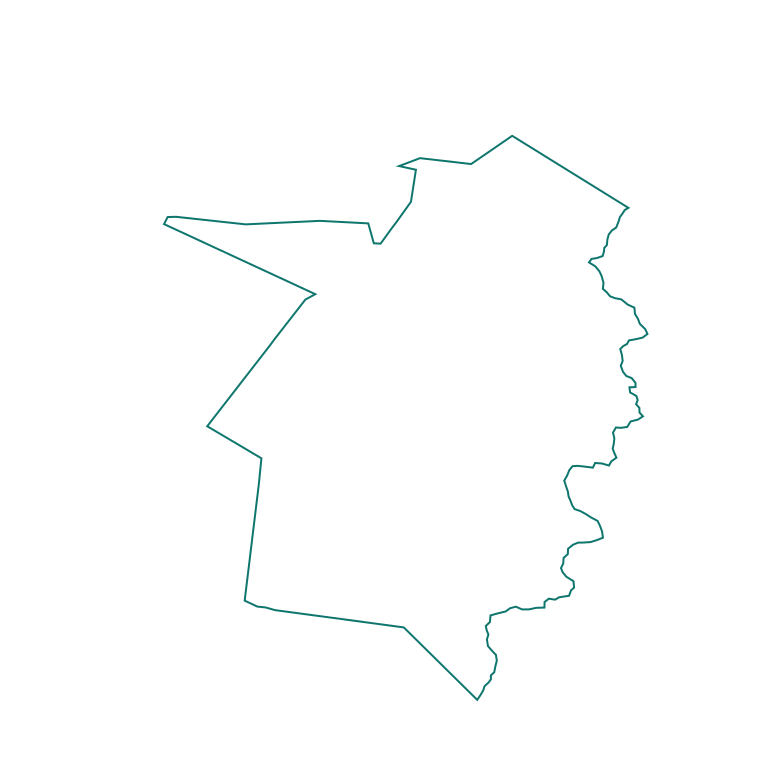 Domingos Mourão, Piauí, Brazil (Equal Earth projection), rotated 107°
{"feature_id": "56859067B58876353314423", "entity_name": "Domingos Mourão", "entity_type": "district", "adm_level": 2, "iso_a3": "BRA", "parent_name": "Brazil", "parent_adm1": "Piauí", "projection": "equal_earth", "projection_center": [-41.31, -4.285], "detail": "fine", "context": "isolated", "style": "outline", "palette": "teal", "viewbox_px": 768, "rotation_deg": 107, "n_neighbors": 0, "source": "geoboundaries", "source_scale": "gbopen_adm2", "svg_char_len": 2182}
<svg xmlns="http://www.w3.org/2000/svg" viewBox="0 0 768 768"><g transform="rotate(107 384 384)"><path d="M144.1,201.8L109.2,334.0L148.2,365.0L150.8,379.3L157.5,415.6L171.2,433.3L169.8,416.1L201.9,411.5L226.0,419.6L232.7,422.1L250.8,428.3L252.4,434.9L235.0,446.0L246.7,492.9L271.8,563.0L284.9,631.7L287.6,639.7L295.4,641.1L318.2,476.0L326.3,483.9L374.0,502.1L379.5,504.0L476.1,540.7L490.9,479.5L517.0,474.3L631.9,453.9L633.9,440.1L632.3,431.9L632.1,422.1L611.0,293.9L658.8,202.5L652.5,200.6L647.7,199.5L643.6,199.5L639.0,196.8L635.1,195.4L631.4,196.6L627.4,194.3L621.1,195.0L615.6,195.2L610.3,197.8L607.5,202.8L604.3,207.9L598.2,210.9L593.1,210.9L589.6,213.7L585.7,215.9L580.6,213.1L574.2,214.5L571.2,209.9L568.7,205.8L565.9,201.1L561.6,197.9L558.4,192.8L559.2,186.0L557.2,179.6L553.5,172.9L550.9,165.2L545.5,166.7L541.1,163.6L540.2,157.3L536.8,154.2L534.6,149.7L532.4,145.1L526.7,144.8L523.1,142.7L517.2,145.1L515.0,153.3L511.7,158.2L508.3,160.9L503.3,160.1L497.8,161.4L492.9,158.5L487.7,159.8L482.5,156.3L479.0,152.1L477.3,146.9L474.8,140.3L471.2,135.0L467.0,129.7L461.3,132.3L456.6,135.9L452.5,139.7L451.0,147.3L449.3,153.3L448.1,159.2L447.9,165.2L444.9,168.6L440.8,171.8L437.4,174.7L433.3,176.6L428.3,180.2L423.7,183.4L418.0,182.1L412.2,181.6L407.5,179.7L405.6,174.7L404.1,166.7L402.9,159.8L397.8,159.0L396.3,152.3L396.2,145.0L391.5,144.0L386.5,140.2L382.7,143.5L379.0,146.4L374.5,146.7L368.7,147.8L363.5,150.8L357.8,149.5L356.6,144.5L354.0,138.9L347.7,137.2L343.9,130.9L339.2,126.9L336.6,131.3L332.2,132.8L329.6,137.0L325.3,136.7L321.7,139.1L320.1,146.2L315.4,148.3L313.4,142.6L309.4,143.8L305.9,148.9L305.5,154.6L302.5,159.0L297.3,162.9L292.2,162.5L286.6,165.0L281.5,168.3L277.9,166.4L274.7,163.3L270.7,162.5L267.9,157.0L264.0,150.2L259.1,146.7L255.2,150.2L251.6,157.0L247.5,160.1L243.7,164.4L237.8,166.9L236.8,174.2L233.7,181.8L234.4,188.3L234.0,193.5L231.1,197.9L229.0,202.5L223.0,203.7L217.2,207.4L213.2,211.0L209.7,216.4L207.8,223.5L203.7,222.1L201.3,217.2L197.7,212.3L193.2,212.4L189.4,213.1L185.9,211.5L180.7,212.6L175.3,212.8L170.6,211.0L166.5,207.7L160.5,207.2L155.3,207.2L151.4,205.8L147.2,204.6L144.1,201.8Z" fill="none" stroke="#0f766e" stroke-width="2"/></g></svg>